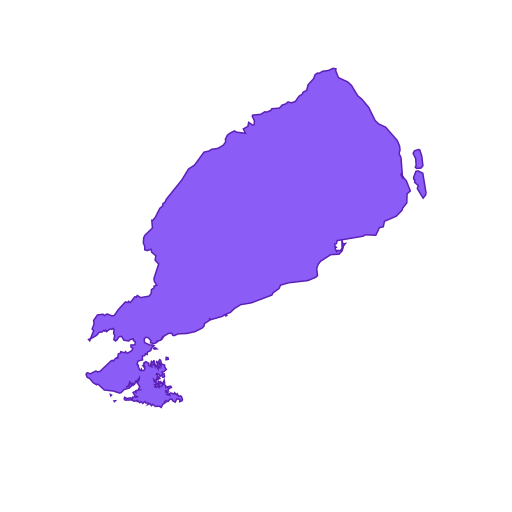 outline of Lombok Timur, Nusa Tenggara Barat, Indonesia, rotated 34°
{"feature_id": "22746128B55307338459902", "entity_name": "Lombok Timur", "entity_type": "district", "adm_level": 2, "iso_a3": "IDN", "parent_name": "Indonesia", "parent_adm1": "Nusa Tenggara Barat", "projection": "orthographic", "projection_center": [116.527, -8.592], "detail": "fine", "context": "isolated", "style": "filled", "palette": "violet", "viewbox_px": 512, "rotation_deg": 34, "n_neighbors": 0, "source": "geoboundaries", "source_scale": "gbopen_adm2", "svg_char_len": 6132}
<svg xmlns="http://www.w3.org/2000/svg" viewBox="0 0 512 512"><g transform="rotate(34 256 256)"><path d="M163.2,408.6L165.0,417.2L163.8,418.8L165.6,419.3L165.2,417.1L168.2,411.0L168.7,406.9L171.0,404.9L171.3,402.9L172.8,402.8L172.8,401.5L174.4,402.2L175.9,397.9L177.5,397.5L178.2,395.8L179.4,396.3L181.3,399.9L183.4,400.9L184.9,404.9L186.7,404.7L186.8,405.6L187.7,403.4L187.5,399.7L189.5,397.8L193.5,399.7L198.1,397.6L198.4,395.6L200.6,393.3L201.6,394.6L203.9,394.7L205.1,396.8L204.6,398.0L202.1,399.6L203.2,401.4L205.6,401.6L206.0,403.8L203.9,408.2L202.6,408.8L201.4,408.1L200.9,409.9L197.4,410.9L197.9,412.4L196.6,414.2L198.4,418.0L197.4,418.1L196.7,419.8L196.5,422.9L195.1,422.9L194.5,423.9L191.2,438.9L189.7,440.5L187.5,440.9L184.6,446.2L181.3,447.2L181.2,449.0L183.9,451.0L186.6,450.6L191.9,452.1L195.9,451.9L196.0,451.0L197.3,450.7L205.2,451.9L213.3,447.7L219.4,446.0L220.6,444.7L221.3,440.5L224.8,436.3L226.0,431.1L223.1,432.3L223.4,434.9L221.5,437.2L223.0,434.7L221.7,431.0L223.2,431.7L225.4,430.4L226.5,431.6L227.1,429.6L226.2,427.4L226.5,426.6L227.3,427.2L227.3,422.1L228.3,423.7L228.5,427.5L232.6,429.3L233.1,432.0L234.6,431.7L231.7,434.8L232.8,436.2L231.3,436.2L230.4,437.9L233.8,439.6L237.2,438.8L232.7,441.9L233.7,444.2L231.5,443.6L228.5,446.4L226.1,446.5L226.5,448.1L228.1,448.7L233.5,444.8L236.2,444.6L238.3,442.2L238.9,443.0L239.7,442.1L241.5,442.7L242.3,441.1L244.6,441.5L245.3,438.7L247.1,439.5L248.5,438.2L249.5,438.6L249.4,439.6L250.8,437.7L253.0,438.6L253.6,436.5L256.5,437.1L259.9,434.6L262.1,434.6L261.7,431.2L262.8,428.2L261.9,428.2L261.9,427.2L262.5,426.0L263.5,426.6L264.6,425.5L264.7,422.8L266.6,421.7L267.6,422.6L270.7,422.4L270.3,418.6L273.2,417.6L274.2,419.4L275.6,417.5L275.4,416.2L273.1,414.4L271.6,414.1L270.6,415.6L268.0,414.4L268.2,415.3L265.1,414.9L265.5,416.0L261.6,417.4L261.2,419.3L262.3,419.7L259.6,420.7L260.2,419.3L259.0,418.9L259.2,418.0L257.4,419.4L256.5,418.3L258.4,416.5L257.9,414.7L259.4,412.3L258.1,411.6L256.0,413.5L256.7,414.6L255.0,414.6L254.8,415.4L253.8,414.1L250.8,413.6L250.7,415.9L249.4,413.7L251.3,412.3L249.3,410.3L249.9,412.5L247.8,415.1L247.2,413.4L245.3,415.0L246.3,415.8L245.6,416.3L249.5,417.8L249.3,419.3L246.9,418.5L246.9,420.8L245.3,421.0L245.4,419.8L244.0,419.4L245.6,417.9L243.6,417.0L243.3,415.7L242.1,417.2L240.4,415.6L241.9,415.9L242.7,413.8L242.2,412.5L244.0,413.4L243.4,411.9L245.5,411.4L241.4,410.5L240.7,409.4L239.6,409.9L239.5,408.7L241.9,408.4L243.8,409.4L244.5,407.4L246.3,408.7L247.3,408.1L247.6,407.0L245.7,405.1L244.8,406.1L242.8,405.0L244.2,403.7L245.1,400.1L242.5,399.2L241.2,397.5L237.9,398.3L235.3,395.8L234.1,395.8L234.3,398.4L236.2,398.3L238.9,400.1L237.9,400.7L237.5,400.0L232.6,399.0L232.6,399.3L237.0,402.3L239.0,402.2L237.5,403.5L238.0,404.5L234.6,402.5L233.6,402.5L234.3,404.2L232.5,403.1L231.1,403.5L232.3,401.8L229.5,399.5L230.5,401.8L228.2,401.8L229.4,405.0L230.2,404.2L231.7,406.1L228.3,406.8L227.2,404.9L223.7,405.2L222.8,407.5L223.6,407.6L223.6,409.2L225.1,409.7L223.9,410.3L226.9,411.3L227.1,413.6L225.4,414.7L224.3,413.9L224.6,415.4L223.7,415.6L220.2,413.5L219.7,412.3L217.9,412.3L216.9,409.0L220.0,405.6L217.8,402.6L219.5,400.7L219.0,398.9L220.8,398.5L219.7,396.4L221.6,393.3L220.8,390.5L221.7,387.4L219.5,387.8L218.0,389.2L211.9,390.1L209.6,386.9L210.3,384.8L212.5,384.0L216.2,385.0L217.0,387.0L220.3,385.7L221.6,384.1L222.3,382.0L221.6,382.0L224.0,379.2L224.0,375.8L224.5,376.5L224.5,373.9L226.7,369.2L229.3,367.2L231.5,368.3L232.8,367.6L235.1,364.0L241.9,359.0L247.6,353.0L251.6,346.0L252.1,343.3L251.1,340.8L253.7,334.6L251.9,333.8L254.2,334.0L261.8,324.9L262.8,322.2L264.5,322.6L265.1,321.6L263.8,320.8L266.3,317.1L267.5,311.6L270.5,304.9L278.3,297.5L291.0,279.5L290.7,277.0L293.3,270.1L292.6,266.5L298.1,259.9L312.8,247.3L317.6,239.9L317.9,237.8L313.3,232.4L312.2,228.2L312.5,224.1L317.2,213.1L323.8,208.1L324.5,203.4L322.9,198.6L323.1,195.7L321.7,197.2L320.8,196.9L319.3,195.6L318.8,195.5L323.0,201.4L323.0,204.4L320.7,205.6L320.4,207.3L316.9,205.1L317.7,203.9L315.8,203.6L314.6,201.9L315.7,200.8L314.7,197.8L333.6,179.8L334.8,177.3L343.7,171.8L342.5,163.4L345.2,160.6L343.1,155.4L350.0,144.6L351.5,136.5L350.8,134.5L351.3,127.6L346.5,120.0L347.6,115.8L338.6,109.6L334.2,108.4L333.4,108.5L335.2,109.5L333.4,109.0L330.6,107.5L330.5,106.1L332.8,108.1L334.1,108.2L332.4,107.5L321.4,93.6L317.2,90.9L316.2,87.7L313.5,84.5L308.4,81.2L291.4,76.7L284.0,77.9L279.0,77.1L266.4,69.8L256.0,66.8L250.8,66.3L239.8,61.2L234.9,60.4L224.6,62.0L218.3,57.7L217.6,56.1L214.9,57.4L212.3,61.7L208.0,65.5L206.2,69.2L204.7,69.9L203.6,72.6L204.6,76.9L203.4,84.8L205.4,90.4L203.4,93.9L203.9,95.8L202.3,99.5L202.2,105.9L199.7,109.2L196.4,110.4L195.6,113.3L193.3,116.2L192.7,120.3L186.7,125.1L186.9,127.0L184.6,130.5L182.6,131.6L180.7,135.9L174.5,141.0L174.6,142.1L179.2,144.9L181.0,148.4L179.8,149.4L175.2,149.3L176.8,153.1L174.4,157.7L178.7,160.1L170.5,164.3L168.2,164.3L165.6,169.0L164.7,171.8L165.3,176.3L167.0,178.2L166.9,182.6L164.1,188.2L159.5,192.4L158.3,195.3L154.8,199.0L154.2,215.0L151.4,221.6L152.0,234.4L149.9,259.2L150.5,262.5L149.5,264.5L150.6,266.7L149.6,270.3L150.9,280.3L150.5,283.9L149.6,284.6L154.5,290.8L152.3,300.7L152.7,303.7L155.3,308.2L158.4,310.3L160.3,313.1L162.9,312.3L165.1,309.1L167.4,311.2L172.8,311.8L174.7,315.9L179.8,317.1L184.0,331.8L185.9,333.9L190.1,335.7L188.3,337.9L189.3,339.4L188.1,342.3L190.1,345.7L189.7,349.2L183.6,355.0L179.6,355.1L179.9,357.1L178.3,357.5L177.8,365.0L175.7,364.8L175.8,366.2L173.4,367.1L171.8,377.6L171.8,384.4L170.0,386.2L164.9,387.3L163.7,390.1L161.8,389.8L157.5,393.5L157.4,400.3L159.7,402.8L161.0,408.2L163.2,408.6ZM348.0,94.1L342.7,94.8L341.2,96.4L342.7,102.8L344.1,104.2L344.7,103.8L346.4,106.2L351.2,106.9L352.0,109.9L362.2,114.6L362.5,110.5L361.5,108.4L348.0,94.1ZM337.4,80.3L332.5,76.5L331.3,76.7L328.6,80.1L328.8,83.0L333.9,86.0L338.0,91.2L338.4,93.3L340.1,93.6L343.6,90.9L343.9,87.8L337.4,80.3ZM239.9,389.5L238.2,390.2L239.4,392.3L241.1,390.7L239.9,389.5ZM225.7,388.4L223.6,388.4L222.8,389.9L223.7,390.1L225.7,388.4ZM212.8,452.2L213.8,453.1L214.0,452.1L212.8,452.2ZM220.0,455.9L220.3,454.7L219.3,455.5L220.0,455.9Z" fill="#8b5cf6" stroke="#5b21b6" stroke-width="1.5"/></g></svg>